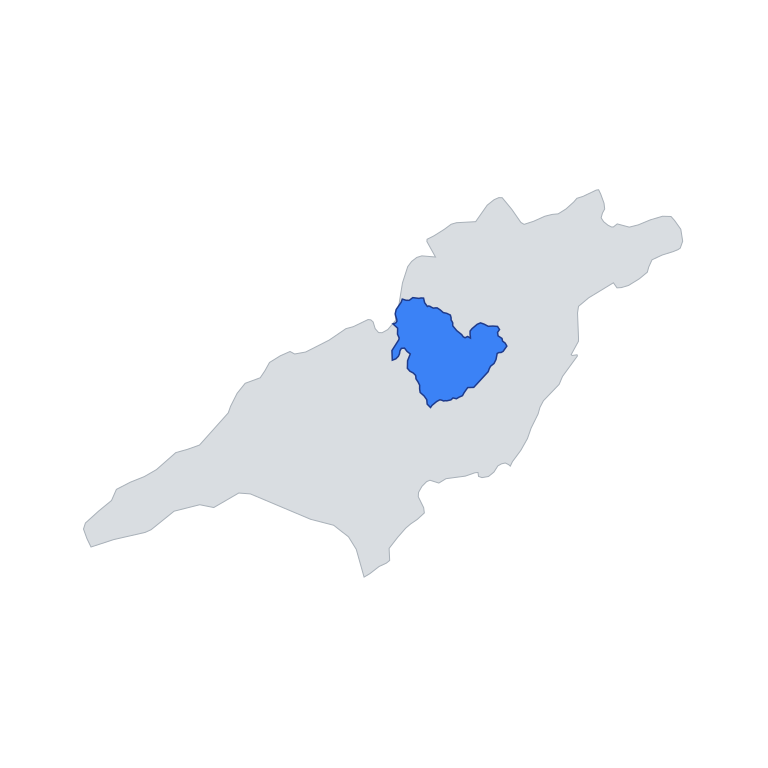 Georgia, with Shida Kartli highlighted, rotated 307°
{"feature_id": "GEO-3039", "entity_name": "Shida Kartli", "entity_type": "Region", "adm_level": 1, "iso_a3": "GEO", "parent_name": "Georgia", "parent_adm1": "", "projection": "mercator", "projection_center": [44.031, 42.172], "detail": "fine", "context": "in_parent", "style": "filled", "palette": "blue", "viewbox_px": 768, "rotation_deg": 307, "n_neighbors": 0, "source": "natural_earth", "source_scale": "10m", "svg_char_len": 3612}
<svg xmlns="http://www.w3.org/2000/svg" viewBox="0 0 768 768"><g transform="rotate(307 384 384)"><path d="M394.4,534.3L394.6,532.0L393.9,528.4L391.0,525.9L387.1,524.2L379.8,524.8L373.0,523.1L368.2,518.6L367.1,515.1L369.9,512.3L367.8,510.0L359.4,504.4L345.7,490.5L337.9,487.4L334.8,478.6L331.7,476.8L325.1,475.9L318.2,476.8L316.7,477.8L314.6,479.2L309.1,490.1L305.3,493.8L296.0,492.1L288.3,489.5L282.0,488.1L269.8,487.2L255.8,487.0L246.5,494.7L242.4,493.7L235.3,489.9L223.9,486.8L217.8,484.3L235.3,461.3L240.6,447.6L240.7,439.2L240.9,428.8L231.8,406.9L224.0,375.9L215.8,343.4L209.5,333.6L182.9,322.4L176.7,309.5L156.1,292.9L127.5,285.7L121.8,282.6L97.0,261.7L77.5,248.1L81.7,239.9L87.3,231.3L93.3,229.2L110.9,232.6L127.0,236.5L138.8,233.7L152.9,240.5L165.8,248.3L178.7,253.8L203.9,259.0L213.3,266.2L224.2,273.4L267.2,277.0L270.7,275.9L273.8,274.9L288.2,272.3L301.0,272.7L314.5,281.4L323.1,280.9L332.3,279.6L344.1,284.2L353.4,289.4L354.2,294.6L362.4,302.2L386.1,313.8L405.3,320.3L411.2,324.9L425.9,332.5L427.3,334.9L427.0,338.0L422.9,343.6L421.8,348.7L423.8,351.6L429.8,354.3L441.9,354.9L446.2,351.3L455.2,348.8L464.1,344.1L475.9,337.9L492.1,332.3L498.5,332.3L504.8,334.0L509.1,337.1L516.4,348.7L523.6,332.5L525.5,331.3L532.1,334.6L543.9,339.1L552.0,341.5L556.4,344.8L568.8,359.5L588.9,358.8L597.4,361.0L601.9,363.5L603.9,366.3L600.4,380.9L595.4,396.1L595.8,399.8L603.9,405.5L614.8,411.5L620.7,416.3L624.7,420.7L633.3,424.0L643.5,426.0L648.4,426.3L653.4,429.9L666.6,436.8L668.3,438.5L666.0,442.9L660.8,450.9L656.6,454.9L652.0,455.6L647.4,457.4L645.8,461.7L645.6,467.2L646.3,471.2L647.5,472.7L652.2,473.9L656.9,485.5L664.1,491.3L675.5,498.0L685.6,505.5L690.5,512.4L689.5,517.5L686.2,527.9L677.8,536.6L670.8,538.8L668.4,538.0L663.8,535.3L654.5,528.6L644.5,523.3L636.8,525.0L631.8,527.0L621.7,524.6L609.9,520.0L603.8,515.5L601.0,512.2L602.9,506.3L576.0,495.6L563.1,492.6L557.2,495.8L537.5,511.9L535.1,513.6L520.1,515.8L520.0,517.1L523.5,520.6L522.8,521.6L497.5,522.0L489.1,524.1L466.6,521.4L459.2,522.6L452.8,525.1L437.4,528.0L426.8,531.4L413.3,533.2L399.3,533.3L394.4,534.3Z" fill="#d9dde1" stroke="#a8b0b8" stroke-width="1"/><path d="M437.4,355.0L438.5,355.9L440.2,356.7L442.0,356.5L443.3,355.3L445.6,352.1L446.8,350.7L450.8,348.9L459.6,348.5L462.8,347.5L463.0,347.9L464.1,351.2L466.0,353.8L470.3,355.0L473.4,360.4L475.0,361.8L476.4,363.9L473.4,367.5L472.0,372.0L473.1,372.6L473.7,373.9L473.9,375.9L474.3,377.8L475.5,379.0L476.8,380.7L477.0,384.4L476.7,388.3L478.2,391.6L479.0,395.5L477.4,397.6L475.5,399.1L474.9,400.7L474.1,402.2L472.9,403.0L471.8,404.0L470.4,410.0L470.2,416.4L470.1,416.6L469.4,418.8L469.7,420.9L472.3,422.2L472.7,425.4L474.0,424.3L475.4,422.9L478.1,420.9L481.2,421.0L487.8,422.5L490.9,424.3L491.2,425.3L491.3,425.5L492.1,428.1L492.8,432.5L495.8,436.1L498.3,440.0L497.0,443.5L493.6,443.6L491.1,446.1L491.4,450.8L489.6,452.9L489.6,456.1L488.2,459.3L481.8,459.5L479.7,458.6L478.2,456.8L476.5,456.0L471.0,458.7L466.6,459.5L462.3,458.4L459.4,458.9L456.5,459.8L435.3,457.7L431.5,453.0L425.3,453.2L421.9,453.7L418.7,451.9L415.8,450.7L414.4,447.5L411.6,447.0L408.4,444.3L407.5,442.9L406.3,441.8L405.8,439.8L405.0,438.1L401.7,436.6L395.8,435.2L393.2,435.3L393.9,430.6L397.2,427.6L398.6,423.2L399.0,418.0L401.5,415.4L404.5,413.2L406.1,410.0L407.4,406.4L408.8,405.2L409.3,404.7L409.9,404.1L410.4,400.8L409.8,396.9L410.3,394.7L410.6,393.2L412.5,391.9L416.8,388.8L423.8,386.9L423.9,382.8L425.0,378.8L422.9,376.4L420.0,376.8L417.4,378.2L414.8,378.8L411.2,378.3L408.0,376.3L415.5,370.2L428.2,369.2L429.9,368.4L431.9,364.8L436.8,361.3L437.4,355.0Z" fill="#3b82f6" stroke="#1e3a8a" stroke-width="1.5"/></g></svg>